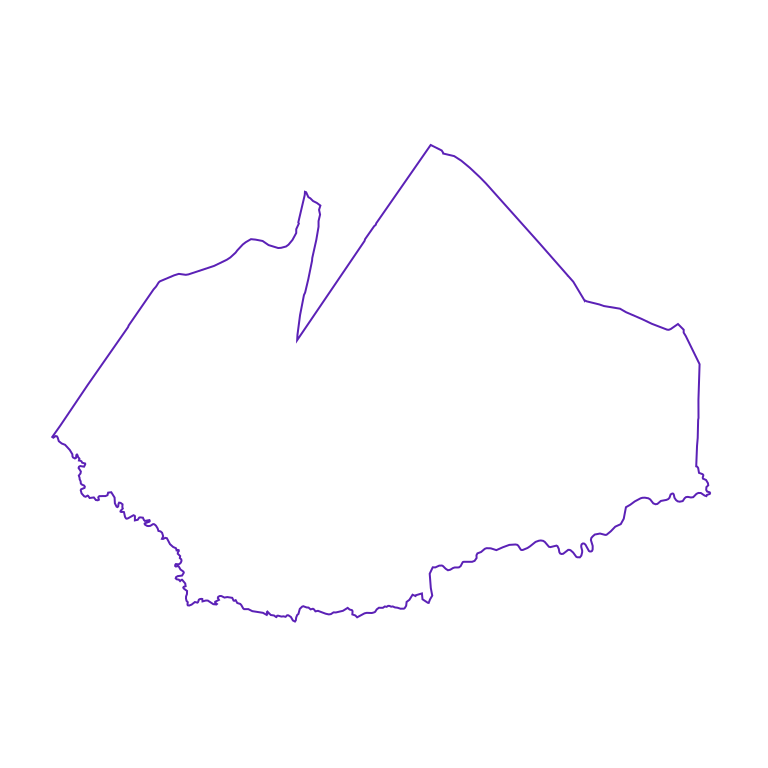 Alfredo Baquerizo Moreno, Guayas, Ecuador, rotated 182°
{"feature_id": "8360857B37279599451859", "entity_name": "Alfredo Baquerizo Moreno", "entity_type": "district", "adm_level": 2, "iso_a3": "ECU", "parent_name": "Ecuador", "parent_adm1": "Guayas", "projection": "mercator", "projection_center": [-79.533, -1.955], "detail": "fine", "context": "isolated", "style": "outline", "palette": "violet", "viewbox_px": 768, "rotation_deg": 182, "n_neighbors": 0, "source": "geoboundaries", "source_scale": "gbopen_adm2", "svg_char_len": 6114}
<svg xmlns="http://www.w3.org/2000/svg" viewBox="0 0 768 768"><g transform="rotate(182 384 384)"><path d="M713.7,319.5L712.6,318.8L710.3,320.5L709.1,320.3L708.3,319.2L707.0,315.5L704.0,313.3L700.6,312.1L695.7,307.1L693.0,302.9L692.8,300.8L692.3,299.8L690.3,298.8L689.2,299.5L689.0,302.2L688.4,302.8L687.8,302.1L687.2,300.3L685.8,298.8L686.2,296.9L684.6,296.7L683.6,296.1L682.9,294.8L679.9,294.1L679.8,293.2L680.9,290.9L684.7,291.4L685.9,290.7L686.3,289.4L683.9,286.0L684.2,284.0L685.8,281.8L685.0,279.7L684.8,278.1L683.8,276.2L683.5,274.0L682.7,273.1L680.1,272.0L679.4,270.9L679.7,269.7L683.0,268.2L683.4,267.3L682.4,264.1L679.7,261.3L678.3,260.9L676.3,262.1L675.8,261.9L674.2,259.8L670.0,260.5L667.9,258.0L666.0,257.8L664.9,258.4L665.6,260.8L664.6,262.0L658.4,262.3L656.5,263.2L655.9,265.8L652.8,266.3L649.3,261.1L648.8,255.4L647.0,252.1L646.2,251.7L645.4,252.3L645.1,255.1L644.6,256.2L643.1,256.0L641.1,254.6L641.2,251.8L640.7,250.4L642.7,248.2L642.9,247.3L642.2,246.9L640.3,247.1L639.4,246.9L638.2,242.2L637.2,240.7L636.4,240.4L635.2,240.8L629.8,244.1L628.7,243.7L628.3,243.2L628.2,239.0L625.4,239.7L624.0,241.9L623.2,242.2L620.3,242.0L619.2,239.7L618.2,238.8L613.7,239.8L613.3,238.9L613.7,238.2L618.2,236.4L618.4,235.9L617.7,234.9L615.7,233.9L614.2,233.8L612.6,234.1L609.9,235.9L609.0,235.9L608.1,235.4L607.0,234.5L605.2,231.8L604.3,229.3L602.2,228.9L600.6,227.6L599.4,224.2L600.5,221.5L599.5,221.4L597.2,222.6L595.6,222.3L592.3,216.5L589.1,213.8L586.2,212.6L585.5,210.5L584.3,211.0L583.4,210.8L583.2,210.0L584.1,208.7L584.2,207.2L581.7,204.9L582.0,202.9L580.5,201.7L580.2,200.2L580.8,198.4L581.8,197.3L583.0,196.6L585.7,196.8L586.2,196.2L586.4,194.9L585.6,194.3L584.0,194.8L582.7,194.4L580.9,191.5L577.9,189.5L577.5,188.4L579.1,185.5L583.4,184.8L585.0,183.8L585.4,182.5L584.4,181.6L582.2,181.3L580.9,179.9L579.6,181.2L578.9,181.3L575.7,177.7L575.2,175.0L577.1,174.3L577.5,173.4L576.7,172.4L573.6,170.3L573.6,167.2L574.4,164.8L574.4,162.7L573.8,160.4L572.5,159.1L572.7,157.0L572.4,156.0L571.0,155.8L568.6,156.8L565.4,159.5L562.8,159.0L562.2,159.6L561.5,162.0L560.3,162.7L558.9,162.9L558.1,162.8L557.8,160.4L554.5,161.4L552.5,161.4L546.9,158.0L543.8,157.8L543.3,158.3L545.1,159.6L545.1,160.5L541.4,162.5L542.6,164.3L542.2,165.6L540.6,166.4L539.1,166.4L536.0,165.0L533.2,165.6L528.2,165.0L526.8,162.3L526.1,162.1L524.7,162.8L523.0,160.0L520.0,159.2L518.9,158.1L516.9,154.8L515.9,154.1L511.8,154.3L507.7,152.4L497.0,151.1L493.1,149.1L492.6,150.0L493.1,151.9L492.6,152.5L489.1,149.2L485.8,148.8L483.8,147.4L483.4,147.3L482.7,148.6L481.9,148.8L478.4,148.0L476.4,148.3L474.2,147.9L472.7,149.5L471.5,149.5L468.9,147.9L466.8,144.5L464.7,143.5L463.9,144.7L463.6,147.6L462.7,150.1L461.5,151.2L460.3,156.3L458.1,158.6L456.9,159.1L453.6,158.0L451.6,157.9L449.5,156.2L447.2,156.9L446.1,156.3L444.6,154.4L442.1,155.0L434.3,152.4L431.1,151.8L429.0,152.2L426.5,154.0L424.1,154.0L417.1,155.9L412.5,159.0L410.5,157.4L408.2,156.9L407.5,155.9L407.6,152.6L404.6,151.7L402.7,149.9L395.5,154.1L393.3,154.7L388.2,154.7L386.2,155.3L384.9,156.0L383.4,158.5L381.3,160.2L377.3,160.3L375.4,161.7L373.6,161.4L372.1,162.4L370.7,162.4L369.1,161.7L367.5,162.0L365.3,161.1L362.8,160.9L359.6,160.0L356.2,160.2L355.3,161.0L354.1,163.2L353.8,167.0L351.1,169.2L348.1,174.4L345.1,173.2L344.8,174.0L338.8,176.0L338.0,170.2L332.6,166.9L331.7,166.8L330.5,170.3L328.4,174.2L330.1,181.7L331.7,196.0L328.9,202.5L326.3,202.5L322.5,204.4L319.8,204.6L318.7,204.1L315.9,201.5L313.6,200.1L311.3,200.7L308.6,202.5L306.9,203.1L302.8,203.3L301.1,204.6L299.1,208.7L298.1,209.1L289.7,209.4L287.3,210.4L285.4,213.3L285.6,216.1L284.7,218.0L281.1,219.5L277.5,222.8L275.8,223.5L271.6,223.5L265.9,221.9L259.5,225.0L253.1,227.6L247.0,228.2L245.2,227.9L244.2,227.1L241.5,223.2L240.6,222.9L239.5,223.0L234.9,225.1L232.5,226.8L227.0,231.5L223.7,232.8L221.8,233.1L219.5,232.8L217.8,231.8L213.5,227.1L212.0,226.8L206.0,228.5L205.0,228.0L203.6,225.4L202.9,222.1L202.1,220.8L200.7,220.3L199.0,220.6L194.1,224.7L192.9,224.7L191.8,224.4L189.1,222.2L185.8,218.0L184.8,217.6L182.2,217.6L180.8,219.4L180.1,222.7L180.1,224.3L181.2,228.1L181.2,229.7L180.8,230.8L179.6,231.6L178.4,231.5L177.1,230.5L173.4,224.3L172.4,223.8L171.1,223.9L170.2,224.5L169.7,226.1L169.8,229.5L171.8,235.3L171.4,237.4L170.2,238.9L168.1,240.9L162.9,242.1L157.6,240.9L156.3,241.1L152.2,244.7L147.9,249.5L142.5,252.2L139.7,257.7L137.9,269.3L133.7,271.9L129.3,275.4L123.6,278.7L121.8,279.3L119.3,279.5L115.8,279.0L113.9,277.9L110.7,274.1L108.4,273.3L106.6,273.7L103.2,276.8L97.8,278.0L95.9,278.9L94.7,280.3L93.7,283.6L92.1,284.6L91.2,284.5L90.6,283.8L89.7,280.4L88.1,278.2L86.4,277.0L84.4,276.7L81.4,277.4L79.5,280.4L78.2,281.5L76.4,281.8L73.3,281.3L71.0,281.7L67.9,285.1L66.0,286.1L63.5,286.1L59.7,283.7L57.9,283.2L57.4,284.4L54.6,285.5L54.3,286.4L54.7,287.1L57.3,287.8L58.3,289.4L58.2,292.2L56.4,294.1L56.8,296.2L58.8,299.3L62.0,300.6L62.2,301.8L61.7,303.5L61.8,304.3L62.5,305.0L66.1,306.2L67.1,311.0L68.1,312.3L69.1,312.6L69.0,333.1L68.6,341.1L68.8,359.1L68.5,361.0L69.2,379.0L69.3,414.8L84.1,442.5L86.3,445.8L86.4,448.7L92.3,454.2L99.4,448.9L101.3,448.1L103.0,448.2L118.4,453.5L128.5,457.9L144.6,464.2L150.8,467.5L167.0,469.6L171.5,471.0L184.4,473.7L186.4,474.7L186.5,474.4L198.4,492.8L204.2,498.9L205.1,498.6L204.4,499.1L233.3,529.8L289.0,587.9L295.4,594.0L305.8,603.1L314.6,609.9L321.8,614.2L332.9,616.4L333.0,617.2L334.5,619.4L345.7,624.5L397.4,544.3L397.8,542.8L399.4,541.3L407.9,528.2L408.5,526.2L472.3,424.8L472.2,430.1L470.3,449.9L467.1,470.1L466.0,472.7L463.3,486.2L460.2,504.7L460.1,507.4L456.7,525.6L454.9,538.9L455.1,544.5L453.8,551.1L455.0,555.8L453.8,560.1L457.4,562.6L461.3,564.4L464.1,567.0L466.1,568.1L468.5,572.9L469.7,573.3L469.8,570.2L475.3,542.5L474.7,541.4L477.1,535.7L477.0,531.8L480.5,524.8L484.3,519.9L486.7,518.0L491.6,516.5L494.5,516.2L504.2,518.8L510.3,522.7L517.4,523.8L522.0,524.1L527.1,520.9L530.0,518.5L535.3,512.4L536.9,510.1L542.0,505.1L545.4,502.7L557.9,496.1L583.3,486.7L585.9,486.2L592.9,486.9L597.5,485.3L611.5,478.8L612.7,477.7L615.2,473.4L617.6,470.5L641.2,433.6L641.8,431.9L680.1,372.7L706.0,331.2L713.7,319.5Z" fill="none" stroke="#5b21b6" stroke-width="2"/></g></svg>